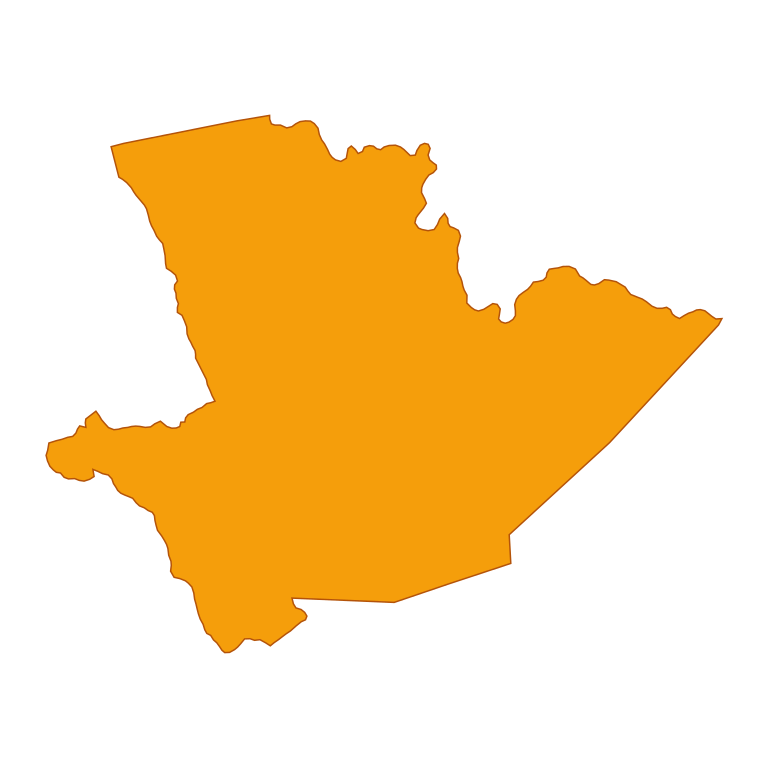 outline of Itaeté, Bahia, Brazil
{"feature_id": "56859067B39579225322319", "entity_name": "Itaeté", "entity_type": "district", "adm_level": 2, "iso_a3": "BRA", "parent_name": "Brazil", "parent_adm1": "Bahia", "projection": "orthographic", "projection_center": [-41.071, -13.094], "detail": "fine", "context": "isolated", "style": "filled", "palette": "amber", "viewbox_px": 768, "rotation_deg": 0, "n_neighbors": 0, "source": "geoboundaries", "source_scale": "gbopen_adm2", "svg_char_len": 4170}
<svg xmlns="http://www.w3.org/2000/svg" viewBox="0 0 768 768"><path d="M85.8,419.0L85.3,422.9L85.9,427.4L79.7,425.9L77.5,429.1L75.9,433.1L72.7,436.4L67.7,437.3L62.0,439.3L56.3,440.7L48.9,443.0L47.7,450.2L46.1,455.4L47.5,460.9L49.9,466.3L53.3,469.9L56.3,472.3L60.5,473.0L64.1,477.3L68.4,478.9L74.7,478.6L79.3,480.4L84.1,481.1L89.7,479.3L94.1,476.5L92.9,469.4L97.7,471.3L102.7,473.7L108.3,475.0L111.9,478.9L113.5,483.6L115.9,487.2L117.7,490.4L120.8,493.2L124.9,495.1L128.5,496.5L132.7,498.3L136.1,502.7L139.5,505.9L144.3,507.8L148.1,510.5L152.3,512.3L154.4,515.6L155.0,520.6L156.1,525.3L157.5,530.3L161.8,536.1L164.7,540.9L166.6,544.5L167.9,548.5L168.7,555.2L171.0,561.3L171.3,565.4L170.6,571.2L174.1,577.3L179.9,578.6L185.4,580.8L188.3,583.1L191.9,587.0L193.8,593.0L194.6,599.1L196.0,604.0L197.1,608.7L198.4,613.8L200.2,619.0L203.1,624.3L204.8,629.8L206.8,633.4L210.7,635.4L213.5,639.9L216.8,642.8L219.5,646.5L221.9,650.2L224.7,652.6L229.6,652.4L234.6,649.6L237.6,647.1L240.6,643.8L244.6,638.9L250.0,638.7L254.5,640.3L260.0,639.7L265.6,642.8L270.3,645.8L274.2,642.6L278.7,639.5L281.9,637.0L286.0,633.9L290.5,630.9L296.1,625.9L301.3,621.7L305.5,619.8L306.9,616.1L304.7,612.4L301.1,609.5L295.9,607.9L293.4,603.8L292.0,598.1L394.2,602.4L447.5,584.3L510.8,563.4L509.2,534.7L609.6,442.6L718.5,325.0L721.9,318.6L715.9,319.0L711.9,316.4L708.7,313.8L704.9,310.8L700.3,309.6L696.5,310.0L692.9,311.8L688.5,313.2L684.1,315.6L679.5,318.5L675.3,316.5L672.3,314.0L670.4,309.7L666.6,307.3L662.2,308.3L657.0,308.3L652.0,306.2L646.5,301.8L642.2,299.0L638.0,297.4L634.3,295.9L630.7,294.5L627.8,291.0L625.2,287.1L621.5,284.9L616.2,281.7L608.8,280.1L604.4,279.7L598.8,283.6L594.4,285.0L590.8,284.4L586.0,280.3L583.0,277.9L579.6,276.0L575.4,269.0L569.1,266.4L563.0,266.5L558.2,267.9L554.3,268.4L549.3,269.2L547.0,272.9L546.2,277.2L543.2,280.2L538.2,281.5L533.4,282.1L530.6,286.2L527.6,289.4L523.2,292.4L519.0,295.6L516.4,299.3L514.7,304.6L515.4,310.8L515.4,315.7L513.0,319.4L509.0,322.1L505.2,323.2L501.2,321.9L498.6,319.0L499.4,314.5L500.2,308.9L497.2,304.4L492.8,303.6L489.2,305.9L483.8,309.3L478.4,311.0L474.6,309.8L471.3,307.5L466.8,303.0L467.0,295.2L464.2,290.1L462.9,286.2L461.9,281.4L460.6,277.6L458.2,273.0L457.3,268.4L457.4,263.2L458.7,258.5L457.4,252.3L457.4,247.6L459.3,241.2L460.5,236.1L458.4,230.4L453.7,227.9L450.1,226.6L448.1,223.3L447.7,218.4L444.5,213.5L439.7,219.1L437.5,224.5L434.2,229.5L428.1,230.7L421.9,229.5L418.5,228.1L414.9,222.9L416.1,217.8L418.2,214.7L423.5,208.1L426.4,203.3L424.6,198.7L421.5,192.6L421.7,187.8L422.9,184.3L425.7,179.3L428.9,175.0L433.3,172.6L436.5,169.0L436.3,165.1L433.1,162.8L429.7,159.9L428.1,155.0L430.1,148.4L428.2,144.3L424.5,143.4L420.3,145.2L416.9,150.5L415.3,155.1L410.2,155.6L406.9,152.4L403.9,149.5L400.5,147.0L395.5,145.2L389.1,145.5L384.1,147.0L380.7,149.7L376.9,148.9L373.5,146.2L369.5,145.6L364.3,147.2L362.5,151.5L358.1,153.5L355.3,149.5L351.3,146.0L348.1,148.6L347.3,152.8L346.3,158.3L340.9,161.4L335.5,159.9L332.1,157.3L329.7,154.2L327.5,149.4L324.5,143.8L321.7,140.0L319.3,134.5L318.0,128.2L314.3,123.6L310.5,121.1L305.5,120.9L300.1,121.6L295.8,123.8L291.9,126.7L286.7,127.9L280.5,125.1L274.9,125.1L271.4,123.9L269.7,119.3L269.6,115.4L236.7,120.9L123.7,143.4L111.1,146.7L118.9,177.2L122.5,179.3L126.7,182.6L131.3,187.7L133.7,191.8L136.1,195.3L140.1,200.0L144.4,205.1L146.5,208.8L148.3,215.1L149.7,221.1L151.5,225.7L154.0,230.3L156.7,236.3L159.3,239.7L162.7,243.5L163.9,249.2L165.1,255.6L165.6,263.6L166.5,268.3L171.1,271.2L175.6,275.1L177.5,281.0L174.7,284.8L174.4,289.1L176.0,293.2L176.3,298.3L178.4,303.6L177.4,307.5L177.4,312.4L182.0,315.3L184.4,320.7L186.7,326.8L187.1,333.9L188.9,338.9L190.8,342.2L192.6,346.1L195.1,350.6L195.6,354.3L195.6,358.1L206.4,379.5L207.4,384.7L210.2,390.8L212.1,395.6L215.0,401.2L210.8,402.7L206.6,403.6L202.0,407.5L197.4,409.3L193.4,412.2L188.2,414.6L185.6,417.9L184.8,422.0L180.8,422.2L179.8,426.5L176.2,428.0L171.8,428.2L166.8,426.5L160.4,421.2L154.8,423.8L150.6,426.9L145.3,427.4L139.7,426.4L135.7,426.1L131.5,426.5L127.9,427.4L122.8,428.0L118.6,429.2L113.9,429.7L108.5,427.6L104.6,423.3L101.6,419.8L99.2,415.7L95.9,411.2L85.8,419.0Z" fill="#f59e0b" stroke="#b45309" stroke-width="1.5"/></svg>